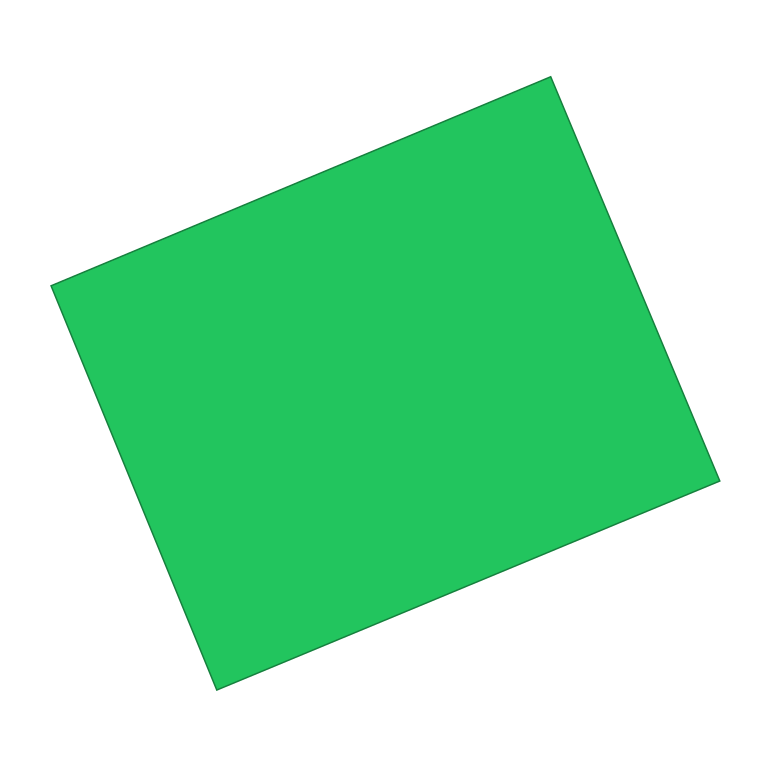 the district of Trenel, La Pampa, Argentina, rotated 337°
{"feature_id": "61730980B26408179177195", "entity_name": "Trenel", "entity_type": "district", "adm_level": 2, "iso_a3": "ARG", "parent_name": "Argentina", "parent_adm1": "La Pampa", "projection": "mercator", "projection_center": [-64.18, -35.632], "detail": "fine", "context": "isolated", "style": "filled", "palette": "green", "viewbox_px": 768, "rotation_deg": 337, "n_neighbors": 0, "source": "geoboundaries", "source_scale": "gbopen_adm2", "svg_char_len": 459}
<svg xmlns="http://www.w3.org/2000/svg" viewBox="0 0 768 768"><g transform="rotate(337 384 384)"><path d="M110.5,600.4L115.3,600.4L381.0,602.4L487.4,603.2L545.6,603.6L654.9,604.5L655.2,604.5L656.0,457.1L656.6,345.4L657.1,236.2L657.5,167.7L657.5,167.1L657.5,166.3L656.4,166.3L655.0,166.3L551.8,165.8L388.6,164.9L228.5,164.1L115.9,163.5L115.0,235.9L112.4,447.9L111.4,526.2L111.2,545.8L110.5,600.4Z" fill="#22c55e" stroke="#15803d" stroke-width="1.5"/></g></svg>